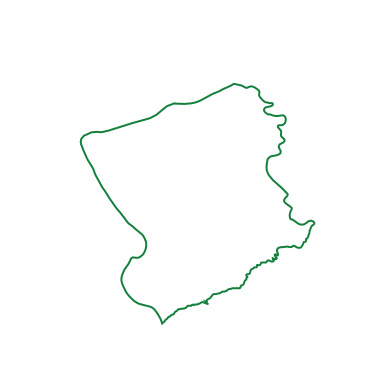 the district of La Virginia, Risaralda, Colombia, rotated 130°
{"feature_id": "7082276B71281345129005", "entity_name": "La Virginia", "entity_type": "district", "adm_level": 2, "iso_a3": "COL", "parent_name": "Colombia", "parent_adm1": "Risaralda", "projection": "natural_earth1", "projection_center": [-75.853, 4.903], "detail": "fine", "context": "isolated", "style": "outline", "palette": "green", "viewbox_px": 384, "rotation_deg": 130, "n_neighbors": 0, "source": "geoboundaries", "source_scale": "gbopen_adm2", "svg_char_len": 5801}
<svg xmlns="http://www.w3.org/2000/svg" viewBox="0 0 384 384"><g transform="rotate(130 192 192)"><path d="M144.7,77.3L143.7,77.8L141.3,78.4L140.1,78.3L139.1,77.9L137.7,77.9L137.0,78.4L136.7,79.3L136.8,80.5L137.1,81.7L137.6,82.5L138.4,83.2L139.6,84.0L141.3,84.3L142.8,84.7L144.5,85.3L145.8,86.2L146.9,87.6L147.7,89.2L147.9,90.2L148.5,97.1L148.7,97.7L149.2,98.5L149.4,98.9L149.3,99.4L149.0,100.0L147.6,101.7L146.4,102.7L143.9,103.9L143.1,104.2L141.7,104.4L140.9,104.7L140.4,105.0L140.1,105.4L140.0,106.0L140.0,107.3L140.2,109.7L140.4,112.3L140.3,113.9L140.1,114.9L139.7,115.6L139.2,116.1L138.3,116.4L137.3,116.7L136.3,116.8L134.9,116.5L133.8,116.6L132.9,116.8L132.2,117.3L132.0,118.0L131.2,125.7L130.9,137.4L130.4,140.1L129.6,144.2L128.8,146.0L127.3,148.7L126.0,150.0L124.2,151.6L118.8,154.9L117.3,155.2L115.8,155.0L114.0,154.5L111.9,152.9L109.8,151.0L107.5,149.7L106.6,149.4L105.6,149.2L104.8,149.6L103.9,150.1L103.4,150.9L102.1,154.1L101.4,154.8L100.7,155.1L99.8,155.3L98.7,155.3L95.4,153.9L94.2,153.8L93.0,154.2L92.3,155.0L92.2,156.0L92.1,159.2L91.7,159.9L90.3,161.1L88.9,162.1L88.1,162.9L87.7,163.9L87.3,167.1L86.9,168.0L86.3,168.6L85.6,168.6L84.8,168.1L83.2,166.3L82.5,165.6L80.0,165.1L79.0,165.2L76.8,166.3L75.3,167.6L74.6,169.1L74.4,170.2L74.9,171.8L76.4,173.2L78.8,175.3L80.0,176.8L81.0,178.5L82.0,180.9L82.3,182.1L83.6,183.4L83.8,184.4L84.0,185.9L83.9,187.1L83.9,187.7L83.7,188.3L83.0,189.5L82.7,189.7L82.1,190.0L81.5,190.1L80.8,190.1L79.8,189.9L78.4,188.9L76.1,187.1L75.2,186.5L74.4,186.2L73.8,186.1L73.3,186.2L72.7,186.5L72.4,187.2L72.5,187.8L74.1,189.8L74.4,190.6L75.8,193.1L76.2,194.3L76.3,196.2L76.0,198.8L75.7,200.4L75.0,202.4L74.4,203.1L73.6,203.7L72.9,204.0L72.0,204.7L71.6,205.4L71.3,206.4L71.3,208.2L71.6,211.0L71.8,211.9L72.2,213.1L72.6,214.0L73.5,215.1L75.5,216.2L76.7,216.7L77.2,217.3L77.6,218.0L77.9,219.0L78.0,220.0L78.8,223.0L81.8,228.6L82.5,229.6L85.4,230.5L93.0,234.2L95.8,235.3L98.3,236.4L101.7,238.3L105.2,239.9L116.5,244.3L120.2,246.3L121.5,247.2L123.4,248.6L125.8,250.8L129.3,254.3L135.1,261.7L135.4,262.0L135.3,262.4L142.2,266.3L147.0,267.3L155.5,268.8L162.2,271.5L167.3,274.9L176.7,281.4L198.9,295.6L204.4,299.8L207.3,303.8L211.0,307.4L218.5,311.0L222.3,311.0L225.2,309.4L226.8,307.5L230.7,300.4L232.6,296.2L233.1,295.5L234.5,292.2L236.7,285.4L237.9,282.3L240.0,278.8L241.0,276.8L243.6,270.1L246.0,264.0L247.9,257.0L249.4,252.7L250.8,247.8L252.4,241.8L253.1,238.9L254.0,233.3L254.8,230.0L255.2,227.4L255.7,226.0L256.6,222.1L256.8,220.1L256.5,214.7L256.7,212.1L256.6,202.9L257.1,200.7L258.2,198.0L259.4,195.8L260.6,194.2L263.0,192.2L266.0,190.6L269.5,189.6L272.0,189.4L275.2,190.1L276.9,190.9L278.3,192.5L279.3,194.0L280.2,195.4L281.5,195.9L283.4,195.6L284.8,195.1L285.9,195.0L287.0,194.6L289.1,194.3L291.3,194.2L295.1,193.8L300.2,192.3L303.2,190.8L304.9,189.4L306.3,187.8L307.8,185.2L308.9,183.1L310.6,179.1L311.5,176.5L312.2,172.9L312.5,169.1L312.7,166.2L312.3,163.5L311.8,161.0L309.8,156.6L307.4,151.8L306.4,149.5L306.1,147.4L306.0,145.9L306.5,143.5L307.6,139.4L309.3,134.8L310.6,132.5L311.9,130.3L309.9,130.1L309.2,129.9L306.6,130.0L306.1,129.9L304.7,129.6L304.3,129.6L303.6,129.7L302.9,129.7L301.6,129.0L301.2,128.9L299.6,128.8L298.9,128.5L298.1,127.8L297.6,127.6L296.7,127.5L296.1,127.6L295.5,127.9L295.1,127.9L294.2,127.8L293.5,127.4L292.6,127.2L290.9,127.2L290.1,126.4L289.1,125.9L288.8,125.6L287.5,124.2L286.2,123.1L284.8,122.3L284.2,122.2L282.4,122.2L282.1,122.1L281.8,122.0L280.0,119.9L279.6,119.5L278.6,119.5L277.9,119.1L277.7,118.9L277.5,118.5L277.5,117.8L276.3,117.4L275.7,116.8L275.1,116.0L274.7,115.6L274.1,115.5L273.7,115.3L273.1,114.7L272.6,114.5L270.5,113.8L269.9,113.5L269.6,113.2L269.1,112.3L268.9,111.1L268.6,110.7L267.7,110.3L267.7,110.0L267.8,109.5L268.0,109.5L268.2,109.2L268.1,108.6L267.9,108.5L267.6,108.3L267.4,109.7L267.1,111.0L266.8,110.0L266.6,110.1L265.9,110.6L265.3,111.0L264.8,111.1L264.3,111.0L263.7,110.7L262.9,110.3L261.9,110.1L259.3,109.9L258.3,110.1L257.2,110.1L256.7,110.0L255.4,108.8L255.0,108.3L254.1,107.5L253.4,107.1L252.7,106.4L251.1,105.4L250.7,105.2L249.8,105.1L248.9,104.7L248.4,104.2L248.1,103.9L247.7,103.4L245.7,102.1L244.4,101.9L243.2,101.5L242.7,101.2L242.1,100.9L241.2,99.9L240.7,99.7L239.7,99.1L238.9,98.3L237.9,96.8L237.2,96.3L236.7,95.8L236.2,94.9L235.5,94.0L235.0,93.7L234.6,93.5L233.7,93.7L233.0,94.0L232.1,94.2L231.5,93.9L230.7,93.4L230.3,93.3L229.7,93.3L229.0,93.3L227.4,94.1L226.0,94.4L225.5,94.4L224.1,94.2L222.9,95.0L222.5,95.0L222.0,94.8L221.7,94.8L221.5,95.5L221.1,96.6L220.8,96.9L220.4,97.2L220.0,97.1L218.4,95.7L217.8,95.4L217.2,95.5L216.4,95.7L215.2,96.4L214.4,96.7L213.4,96.8L212.7,96.7L212.2,96.4L211.2,95.9L209.9,95.9L209.6,95.8L209.4,95.6L208.5,94.4L208.1,94.2L207.6,94.2L207.2,94.4L206.5,95.1L206.2,95.2L205.9,95.0L205.3,94.0L204.6,93.3L204.2,93.1L203.7,93.0L202.8,93.1L201.9,93.6L201.5,93.5L200.9,93.0L200.3,92.1L198.5,90.1L198.2,90.0L197.7,90.0L196.4,90.1L195.9,90.0L195.4,89.7L195.0,89.1L194.8,88.3L194.7,87.7L194.3,86.6L193.3,85.4L192.9,85.1L192.0,85.1L191.7,85.5L191.6,85.8L191.5,86.8L191.2,87.1L190.8,87.5L190.5,86.3L190.2,85.6L189.9,85.1L189.5,84.6L189.2,84.4L188.7,84.4L188.4,84.5L188.1,84.7L188.0,85.2L187.9,86.5L187.6,87.4L187.2,88.0L186.9,88.3L186.6,88.3L186.3,88.2L186.1,88.0L186.0,87.7L185.8,86.1L185.7,85.8L185.5,85.6L185.1,85.6L184.7,85.8L184.1,86.3L182.8,88.7L182.4,89.1L182.1,89.4L181.5,89.7L180.8,89.9L179.3,89.9L178.8,89.6L176.5,87.9L175.9,87.1L175.5,86.6L174.0,85.3L173.4,84.7L172.8,84.3L171.2,81.5L170.8,81.0L170.4,80.7L169.7,80.2L168.6,79.9L168.2,79.9L167.8,79.5L167.4,78.7L167.1,76.5L166.7,75.3L166.3,74.6L165.6,73.7L165.1,73.2L164.2,73.0L163.1,73.0L161.5,73.2L159.7,73.7L158.7,74.1L158.3,74.1L157.8,73.8L157.2,73.2L156.6,73.1L156.1,73.2L154.8,74.4L153.6,74.0L152.7,74.0L147.6,75.9L146.7,76.5L146.3,76.9L144.7,77.3Z" fill="none" stroke="#15803d" stroke-width="2"/></g></svg>